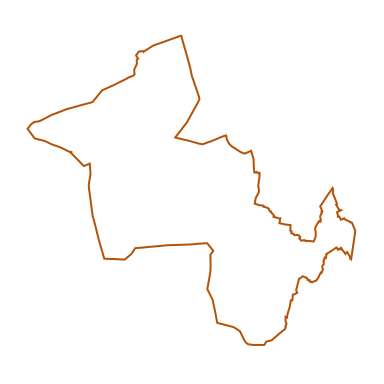 Dinkelland, Overijssel, Netherlands (orthographic projection), rotated 267°
{"feature_id": "6326949B33383901322774", "entity_name": "Dinkelland", "entity_type": "district", "adm_level": 2, "iso_a3": "NLD", "parent_name": "Netherlands", "parent_adm1": "Overijssel", "projection": "orthographic", "projection_center": [6.904, 52.371], "detail": "fine", "context": "isolated", "style": "outline", "palette": "amber", "viewbox_px": 384, "rotation_deg": 267, "n_neighbors": 0, "source": "geoboundaries", "source_scale": "gbopen_adm2", "svg_char_len": 5479}
<svg xmlns="http://www.w3.org/2000/svg" viewBox="0 0 384 384"><g transform="rotate(267 192 192)"><path d="M78.5,286.5L81.6,287.0L84.3,287.3L84.3,287.7L84.3,288.0L84.6,289.0L85.8,291.8L88.6,290.9L99.8,294.4L99.9,295.1L100.1,295.4L102.1,298.3L100.3,301.5L100.5,301.8L99.9,302.0L98.6,303.3L98.3,303.5L98.1,303.3L97.6,304.7L97.6,304.8L97.2,304.7L97.1,304.8L96.9,304.6L96.7,304.7L96.4,304.8L96.4,305.1L96.2,306.3L95.7,306.4L95.6,307.3L96.3,308.9L96.8,310.1L96.9,310.7L96.9,311.3L97.8,312.1L98.6,312.6L99.3,313.3L99.7,313.6L104.8,316.3L104.3,317.1L107.6,318.6L110.3,318.2L111.4,318.3L111.9,318.7L112.9,319.8L113.9,319.8L114.8,319.6L115.9,320.0L116.0,319.7L119.6,321.1L119.5,321.5L119.0,322.2L122.5,323.1L122.8,322.8L123.1,323.2L124.1,324.9L124.3,325.5L124.5,325.7L125.6,327.5L126.5,329.1L126.9,329.7L127.4,330.7L128.0,331.8L128.2,332.0L128.5,332.5L128.8,332.9L128.8,333.0L129.0,333.5L128.1,334.0L127.5,334.3L126.7,334.7L127.6,336.2L127.1,336.6L127.3,336.8L127.3,337.0L127.5,337.2L128.2,337.7L128.5,338.0L128.4,338.1L127.6,338.6L125.9,339.0L125.8,339.4L125.6,339.7L122.2,341.9L123.0,342.3L124.0,343.8L118.9,346.4L117.4,346.5L117.7,346.9L117.6,347.1L116.9,347.5L140.7,352.3L144.8,353.0L148.5,351.7L152.9,350.1L153.3,349.4L153.1,349.3L153.5,348.4L153.8,348.5L157.0,342.7L157.8,342.5L156.5,339.2L159.7,337.9L159.7,336.3L161.3,336.5L161.7,336.4L164.3,335.8L166.0,339.9L166.7,338.6L166.7,337.9L171.8,335.2L172.3,336.2L174.5,335.6L183.4,332.6L186.8,333.1L188.6,332.5L188.2,332.2L184.5,329.5L184.5,329.4L182.7,328.0L171.0,319.3L165.9,321.1L165.3,320.2L164.5,320.7L164.3,320.5L163.5,320.2L163.3,319.9L162.7,319.5L161.3,318.9L160.3,318.7L159.3,318.8L157.6,319.2L157.0,319.1L156.7,319.1L156.4,319.0L156.1,318.9L155.9,318.8L155.8,318.6L155.8,318.4L155.7,318.4L155.8,318.1L155.9,317.8L155.9,317.6L156.3,317.4L156.0,317.0L155.8,317.1L155.2,316.8L153.2,315.1L151.8,314.4L151.4,313.9L149.2,313.1L148.9,313.0L148.6,313.0L145.8,313.4L142.0,313.3L141.9,313.3L141.7,313.3L139.4,312.5L136.3,311.0L136.2,310.9L136.9,307.0L136.9,306.7L136.9,306.3L137.2,305.4L137.0,303.4L137.0,303.1L137.3,303.0L137.7,302.7L137.9,302.2L138.0,302.0L138.0,301.0L137.7,301.0L137.8,298.3L138.2,298.2L140.0,296.7L140.2,297.0L140.6,297.4L140.8,297.6L141.3,297.7L141.5,297.6L142.5,296.7L143.0,296.6L143.6,295.2L143.5,294.6L143.5,293.6L143.5,291.9L144.4,291.5L144.8,291.4L145.0,291.3L145.1,291.1L145.4,289.6L145.4,289.4L145.8,288.9L147.4,289.3L147.6,289.4L147.9,288.9L148.2,288.2L148.3,288.1L153.8,288.7L154.7,283.5L156.3,277.7L160.8,278.7L160.7,278.5L162.3,274.4L162.2,274.2L162.7,272.3L162.8,272.3L162.9,272.1L164.2,272.7L166.9,270.5L167.6,270.2L167.4,270.1L167.9,269.5L170.8,267.6L171.2,267.9L171.3,267.9L172.2,266.5L172.6,265.7L173.3,263.8L173.6,262.8L173.6,262.6L174.6,262.7L174.8,262.2L174.9,261.1L175.0,260.5L175.1,259.4L175.1,259.1L175.2,258.8L177.1,254.0L178.0,254.4L178.6,254.5L180.5,254.8L181.1,254.9L181.8,255.1L183.5,255.8L185.3,256.9L185.9,257.3L186.7,257.9L187.5,258.3L188.1,258.6L190.1,258.9L190.4,258.9L190.8,258.9L192.4,258.7L192.8,258.6L193.0,258.6L194.3,258.5L194.5,258.4L201.6,259.8L202.7,260.0L206.7,260.5L207.4,260.6L207.6,260.4L206.9,259.7L207.6,258.7L208.3,258.2L208.7,257.7L208.5,257.4L208.4,257.3L208.2,257.1L208.1,256.0L208.3,255.9L208.4,255.2L210.4,255.2L212.4,255.0L221.6,255.2L230.0,253.2L227.6,246.7L228.0,245.6L229.3,242.7L235.2,234.5L235.8,233.8L238.1,231.7L242.4,229.6L246.7,229.0L245.8,225.2L243.1,217.8L241.9,214.5L241.1,211.6L241.0,211.0L240.8,210.6L240.8,210.4L239.9,207.8L239.8,207.5L239.1,205.1L240.1,200.8L240.2,200.7L243.3,191.6L243.4,191.2L243.7,190.5L243.7,190.4L244.8,186.3L247.3,178.1L261.8,190.6L273.0,197.5L279.3,201.5L284.2,204.3L287.3,203.8L304.6,198.9L308.1,197.9L316.0,196.7L327.7,194.2L342.8,190.7L348.5,189.5L348.4,188.2L340.2,160.8L335.2,151.9L334.7,151.2L334.9,151.2L335.1,151.0L335.2,150.7L335.3,149.7L335.1,149.0L335.1,148.3L335.2,148.0L334.9,146.0L332.1,144.1L331.5,143.3L330.6,143.6L330.0,143.9L329.9,143.9L329.6,144.2L329.2,144.5L327.8,145.2L327.4,144.3L327.1,144.0L327.0,143.9L326.4,143.7L323.2,143.7L322.9,143.7L319.0,141.7L318.3,141.2L318.0,141.0L317.7,140.9L317.2,140.8L314.9,140.6L314.0,140.7L312.7,140.9L312.3,140.7L311.3,139.5L311.0,139.0L310.9,138.6L309.8,135.1L309.7,134.5L309.5,134.2L309.3,133.9L309.0,133.5L308.8,133.2L304.8,123.9L304.3,122.8L304.2,122.6L303.5,121.0L298.2,107.5L287.0,97.4L284.1,83.8L282.6,77.3L281.3,71.1L276.2,55.6L270.7,43.5L270.1,38.0L268.0,34.9L263.8,31.0L253.7,37.7L253.7,37.8L252.4,41.9L252.2,42.0L252.3,42.2L252.3,42.4L250.7,47.5L246.8,54.7L246.2,56.2L243.2,63.5L238.2,72.2L238.5,72.8L238.3,73.0L238.5,73.2L238.1,73.8L237.9,73.7L237.6,73.5L237.4,73.2L223.6,85.3L225.6,91.4L215.1,91.6L204.9,89.3L200.7,89.3L192.9,90.0L178.6,91.1L173.6,91.5L163.5,93.7L154.9,95.3L147.0,96.9L130.0,100.9L129.6,104.7L129.1,111.2L128.2,119.2L128.1,121.3L129.5,123.2L133.2,128.1L138.9,132.4L139.1,140.6L139.2,141.7L139.3,143.6L140.1,164.7L139.7,187.0L139.7,189.7L140.0,194.7L140.1,204.5L132.2,210.1L131.9,210.0L128.3,207.1L117.5,206.7L112.3,206.3L105.1,204.8L94.2,202.2L83.4,206.9L70.3,209.0L60.0,210.3L54.9,226.5L52.9,229.3L50.5,232.5L41.8,236.3L39.2,237.6L38.1,238.7L37.1,240.0L36.1,244.8L35.5,256.2L38.6,258.3L39.3,261.3L39.7,263.7L46.5,272.4L50.3,277.7L51.2,278.1L51.7,278.2L52.2,278.6L52.5,278.6L53.1,278.3L53.4,278.4L53.6,278.6L54.0,278.6L54.4,279.0L55.7,279.5L56.8,279.0L58.2,278.7L59.0,278.7L59.5,278.7L62.4,278.9L61.6,280.3L64.4,280.8L72.9,283.8L77.0,284.7L78.6,284.9L78.6,285.7L78.5,286.5Z" fill="none" stroke="#b45309" stroke-width="2"/></g></svg>